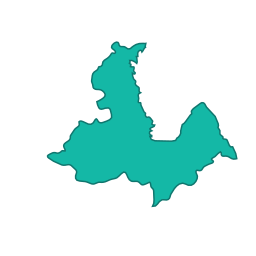 SVG path tracing the border of Ryanggang, rotated 63°
{"feature_id": "PRK-3314", "entity_name": "Ryanggang", "entity_type": "Province", "adm_level": 1, "iso_a3": "PRK", "parent_name": "North Korea", "parent_adm1": "", "projection": "albers", "projection_center": [127.851, 41.225], "detail": "fine", "context": "isolated", "style": "filled", "palette": "teal", "viewbox_px": 256, "rotation_deg": 63, "n_neighbors": 0, "source": "natural_earth", "source_scale": "10m", "svg_char_len": 4552}
<svg xmlns="http://www.w3.org/2000/svg" viewBox="0 0 256 256"><g transform="rotate(63 128 128)"><path d="M192.3,43.3L199.6,43.6L204.7,45.0L204.5,45.9L203.6,48.1L202.2,49.6L198.9,51.7L197.5,53.4L196.6,55.4L196.1,56.3L195.3,56.9L194.2,57.0L192.3,56.2L191.2,56.5L191.5,58.8L191.7,59.7L192.6,62.4L192.9,63.3L193.0,64.3L193.1,66.0L193.2,66.9L193.5,67.6L194.2,67.8L196.0,67.1L196.7,67.2L197.3,68.0L197.4,69.2L197.0,71.9L196.9,73.3L196.9,76.8L197.1,78.2L197.6,79.3L198.7,81.2L198.9,82.4L198.4,83.8L197.5,84.9L196.9,85.9L197.3,87.0L198.4,87.6L202.4,88.0L204.5,89.4L206.4,91.8L207.6,94.8L207.7,97.6L206.3,100.3L204.0,102.2L202.0,104.3L201.2,107.7L201.8,111.1L203.1,114.3L206.4,119.8L207.4,120.9L208.5,121.9L209.5,123.1L209.9,124.6L209.6,126.3L208.0,129.0L207.4,130.4L207.8,133.4L209.1,136.2L209.9,138.9L208.9,141.7L206.8,139.2L203.8,137.4L195.7,133.7L194.6,133.4L193.4,133.5L191.5,134.1L190.6,134.1L187.4,133.1L186.2,133.3L186.0,134.5L186.0,135.8L185.9,137.5L185.7,139.3L185.4,140.6L184.5,141.7L181.3,142.8L180.0,143.7L179.2,145.0L177.8,147.9L176.8,149.2L174.6,150.3L171.9,150.5L169.0,150.3L166.6,150.4L165.3,151.9L165.7,154.7L166.7,157.9L167.3,160.6L167.1,162.3L166.2,165.8L165.9,167.6L165.7,171.2L165.5,173.0L165.0,174.8L164.5,176.0L163.3,178.1L162.9,179.3L162.5,183.3L162.1,184.5L161.2,185.8L157.6,189.0L156.4,190.3L153.3,195.1L151.3,197.2L149.1,197.5L146.8,196.4L144.8,194.4L143.9,193.7L142.7,193.4L141.5,193.5L135.4,195.7L134.3,196.6L133.6,197.7L133.1,199.1L132.6,200.7L131.9,202.3L130.9,203.7L123.8,209.4L118.7,212.3L117.4,212.7L116.4,212.4L115.9,211.4L115.8,209.4L115.9,206.6L116.2,205.4L116.8,204.2L118.3,202.5L118.7,201.6L118.9,200.3L118.8,198.8L118.4,197.7L118.5,196.6L119.3,195.5L119.8,194.4L118.8,193.9L116.3,193.8L115.3,193.6L114.5,193.3L113.8,192.7L113.2,191.7L112.8,190.0L112.3,186.3L111.6,184.8L110.7,183.9L109.8,183.5L108.9,182.9L108.1,181.7L105.0,176.1L104.6,174.8L104.1,172.0L103.7,170.7L102.6,169.7L101.3,169.3L100.2,168.8L100.1,167.5L100.7,166.4L101.8,165.3L106.6,161.5L107.9,159.2L107.6,156.6L105.7,153.5L105.4,152.2L106.4,151.7L108.8,151.5L109.9,151.1L110.8,150.3L111.4,149.1L111.7,147.7L112.2,143.8L112.3,140.5L111.3,137.9L108.5,136.6L103.3,135.4L101.3,136.2L100.0,139.3L99.7,141.3L99.2,143.1L98.3,144.3L96.8,144.8L93.6,144.6L90.4,143.8L90.5,141.6L90.4,138.9L90.0,136.2L89.3,134.3L87.7,133.1L85.4,133.1L83.2,133.9L81.5,135.1L80.4,136.6L79.6,138.1L78.6,139.5L77.0,140.5L76.0,140.6L73.0,139.7L70.6,139.4L69.6,139.1L65.2,136.1L63.7,134.7L62.8,132.8L62.4,129.9L62.1,128.6L61.3,127.5L60.3,126.4L60.3,125.8L60.6,125.1L60.8,124.1L60.3,122.5L57.7,120.3L56.9,118.3L56.5,114.7L56.1,113.0L55.5,111.3L54.2,109.0L54.0,108.3L54.2,107.6L55.2,106.5L55.4,105.7L55.0,104.9L54.3,104.6L53.5,104.6L52.8,104.7L50.0,106.0L48.6,106.0L47.2,104.8L46.7,103.7L46.2,102.1L46.1,100.5L46.3,99.2L47.2,98.1L48.1,97.9L50.4,98.3L51.7,97.9L52.4,97.1L53.0,95.9L53.8,94.5L54.9,93.6L56.3,92.9L57.5,92.1L58.2,90.6L58.2,89.7L58.1,89.0L57.7,87.5L57.4,85.2L57.3,82.8L57.9,79.6L59.1,76.9L60.5,74.3L60.7,73.7L63.3,75.8L64.0,75.7L64.3,77.1L66.0,79.7L66.6,81.1L65.3,80.9L64.5,81.4L64.2,82.4L64.5,83.9L65.2,84.9L66.3,85.7L68.7,86.7L68.5,87.1L68.1,88.1L69.4,88.3L73.4,89.9L74.4,90.9L72.7,91.6L71.1,92.6L69.6,93.9L68.6,95.8L69.2,95.9L69.8,96.1L70.4,96.4L70.9,97.4L71.5,97.2L72.5,96.5L73.2,96.8L73.6,97.2L73.9,97.7L74.4,98.0L74.9,97.5L76.0,95.4L76.5,95.0L77.6,95.5L79.3,96.9L80.4,97.1L81.1,96.9L81.7,96.6L82.2,96.6L82.8,97.1L82.8,97.8L82.3,98.5L81.7,99.0L81.2,99.2L82.5,99.8L84.0,100.3L87.0,100.7L87.7,100.5L89.1,100.0L89.7,99.9L90.4,100.2L91.0,100.7L91.4,101.2L91.7,101.4L93.4,101.5L94.6,101.0L95.7,100.4L97.0,99.9L98.3,100.3L99.6,101.1L101.0,101.5L102.3,100.7L102.4,103.0L103.5,104.1L106.5,105.0L109.0,106.8L109.6,107.1L110.3,106.8L111.1,105.4L111.5,105.3L113.6,106.1L120.9,106.4L122.8,105.7L124.3,106.7L125.8,106.9L127.1,106.3L127.6,104.6L128.3,103.9L130.0,103.4L133.1,102.9L135.4,105.0L136.2,104.6L136.9,103.9L137.5,102.9L138.4,104.0L138.4,105.8L138.3,107.6L138.6,108.8L139.3,109.0L140.0,108.7L141.3,108.0L141.1,110.3L142.4,111.3L144.2,111.3L145.4,110.2L146.5,110.8L145.5,112.3L148.7,112.5L151.7,109.7L159.5,95.2L160.7,91.2L159.2,89.0L159.0,87.2L158.0,85.1L156.6,83.4L154.6,82.4L151.7,80.0L149.6,78.1L149.3,75.8L148.4,73.7L144.8,66.7L144.3,64.8L141.8,63.9L141.0,62.5L140.4,60.9L138.9,52.1L139.0,50.6L140.0,49.2L141.5,48.7L145.0,48.6L157.3,45.1L165.1,45.7L166.9,46.3L168.4,47.6L172.0,47.3L174.6,48.6L175.7,48.8L178.8,47.5L179.6,47.7L180.4,48.2L181.1,47.9L182.2,46.3L182.9,45.5L183.7,45.2L189.4,45.6L191.4,45.1L192.3,43.3Z" fill="#14b8a6" stroke="#0f766e" stroke-width="1.5"/></g></svg>